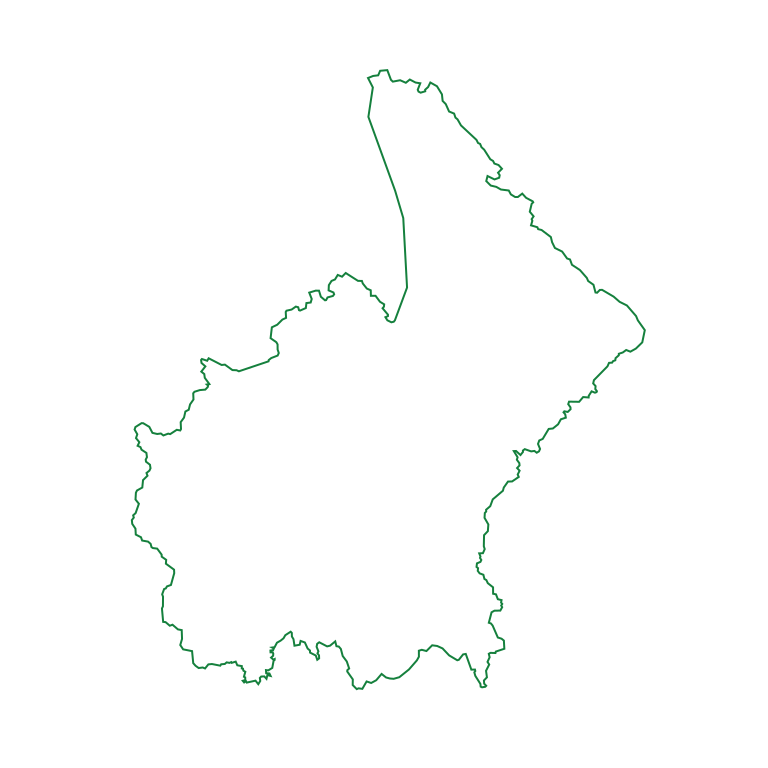 Sangkhla Buri, Kanchanaburi, Thailand (Albers equal-area conic projection), rotated 354°
{"feature_id": "78962969B87118801609333", "entity_name": "Sangkhla Buri", "entity_type": "district", "adm_level": 2, "iso_a3": "THA", "parent_name": "Thailand", "parent_adm1": "Kanchanaburi", "projection": "albers", "projection_center": [98.539, 15.257], "detail": "fine", "context": "isolated", "style": "outline", "palette": "green", "viewbox_px": 768, "rotation_deg": 354, "n_neighbors": 0, "source": "geoboundaries", "source_scale": "gbopen_adm2", "svg_char_len": 6133}
<svg xmlns="http://www.w3.org/2000/svg" viewBox="0 0 768 768"><g transform="rotate(354 384 384)"><path d="M645.2,369.6L649.0,357.7L643.1,347.2L641.8,342.8L633.8,331.3L626.9,326.9L621.5,321.1L610.8,313.2L608.5,313.0L605.5,315.5L603.9,315.1L602.7,307.2L597.8,302.9L596.8,299.7L590.8,291.2L583.4,285.1L582.0,279.6L579.2,278.3L575.0,270.9L568.2,266.6L566.0,260.6L565.3,255.3L556.8,247.3L553.5,246.1L552.9,244.1L546.8,241.6L548.6,237.2L548.1,235.5L550.3,232.9L547.0,227.9L549.7,220.2L551.4,218.9L551.0,217.9L544.8,213.7L541.4,209.1L536.7,212.0L533.9,211.7L530.0,208.7L528.3,204.6L520.6,202.8L516.3,199.7L510.9,197.8L506.9,192.9L508.7,188.0L515.3,192.1L520.1,190.9L520.9,188.4L519.5,185.8L523.8,182.3L520.8,178.2L516.8,176.3L515.8,173.6L513.2,171.6L508.1,161.4L505.7,158.7L504.7,155.3L502.7,154.1L501.5,150.9L487.6,134.9L484.8,128.5L482.9,126.5L482.0,122.4L477.2,119.8L474.7,112.1L471.9,108.6L471.9,102.0L467.8,93.4L461.6,89.0L458.9,93.3L455.7,95.6L455.6,97.2L450.9,98.1L448.9,96.8L448.3,94.9L451.5,88.7L446.9,87.5L441.5,83.9L437.2,86.7L431.8,83.6L424.4,84.2L422.7,82.2L420.1,72.2L412.9,72.1L410.5,76.4L405.4,76.5L400.1,78.0L403.9,87.9L396.4,116.7L415.3,193.1L420.5,221.0L417.0,290.5L401.5,321.8L400.2,323.1L397.8,323.4L394.0,321.0L392.4,317.7L395.0,316.9L395.2,315.5L390.5,308.5L392.0,307.1L392.5,304.8L388.6,301.8L384.8,295.4L380.2,294.9L380.6,289.4L376.9,287.3L373.4,281.8L372.8,279.2L368.9,278.7L357.5,269.6L353.5,272.9L349.4,270.7L346.2,274.9L342.6,276.0L339.5,279.9L338.7,285.1L343.3,287.7L343.8,289.6L342.4,291.1L336.9,292.0L335.2,294.5L334.1,294.6L330.3,290.6L329.1,284.4L325.9,284.0L319.2,285.3L321.0,291.9L319.6,295.3L315.3,295.4L314.2,300.3L308.2,302.2L307.2,301.7L306.7,298.7L304.4,297.8L299.9,300.3L294.7,300.9L293.8,302.1L293.5,308.0L289.7,309.3L284.0,313.9L278.4,315.9L276.0,326.6L281.3,331.2L282.3,333.5L281.8,338.6L282.6,342.2L281.2,344.6L274.6,346.4L271.9,348.1L271.5,349.4L241.0,356.2L238.8,354.9L234.7,354.3L227.8,348.1L224.5,348.1L212.3,340.1L210.6,342.4L205.5,340.1L204.6,341.0L204.7,344.0L208.2,347.8L203.6,352.6L206.3,355.3L206.4,359.1L210.3,365.8L207.8,366.0L208.9,367.2L208.4,368.6L205.7,370.9L200.2,370.8L194.7,371.9L193.3,373.3L192.9,379.5L189.0,384.0L187.1,389.2L183.6,390.6L181.6,396.5L177.8,400.7L177.4,407.6L176.5,408.9L173.1,407.9L166.1,411.5L164.2,410.8L159.2,412.1L156.9,409.9L153.2,410.0L148.6,408.4L146.1,402.1L140.4,397.8L138.8,397.6L132.3,400.8L131.2,403.2L133.4,408.2L131.7,411.9L134.6,416.3L132.5,419.7L135.2,421.3L136.0,424.0L140.5,427.7L140.6,432.0L139.1,434.3L139.2,436.4L142.8,439.8L143.0,443.4L141.7,445.6L138.5,447.7L139.2,450.5L134.3,454.4L132.8,461.7L127.2,464.1L125.9,466.2L124.8,472.9L127.7,477.5L123.5,486.4L120.8,488.4L121.2,490.7L119.0,493.0L119.0,496.8L121.7,501.9L121.4,507.8L126.3,511.0L127.1,514.4L132.9,516.1L135.2,518.6L135.7,521.9L137.0,523.0L141.2,524.0L145.0,530.4L144.9,532.5L149.0,536.1L148.3,539.9L155.8,546.7L155.6,550.2L151.1,561.6L147.0,562.6L145.6,564.5L143.9,564.9L141.4,570.0L142.0,572.4L140.9,582.0L139.7,584.0L139.5,597.5L141.9,598.0L145.7,602.0L148.5,601.3L153.4,606.5L157.1,607.6L156.5,616.4L154.1,622.3L156.5,626.9L165.2,629.6L165.1,641.7L167.1,644.5L170.0,647.1L174.1,647.0L176.3,648.2L180.0,644.5L183.6,644.5L191.7,647.0L192.8,645.7L196.4,645.8L198.4,644.4L201.2,645.2L203.0,644.6L203.4,645.4L207.5,644.6L208.7,648.4L213.1,649.7L212.8,652.0L214.0,652.4L214.2,654.4L216.0,655.7L214.1,660.5L215.3,661.3L215.1,663.9L212.5,664.4L213.7,666.2L215.7,665.1L216.3,666.6L225.2,665.6L227.6,669.4L229.9,666.4L229.8,663.4L231.3,662.1L234.4,662.3L236.3,664.9L237.6,661.3L240.7,662.5L239.8,659.9L236.6,659.3L236.7,656.2L239.0,656.7L243.2,654.7L245.3,647.6L246.4,647.0L246.5,646.1L245.2,646.6L243.1,644.3L245.3,642.7L245.7,640.6L245.3,639.3L243.1,639.0L243.2,637.2L245.9,637.1L246.8,635.5L245.2,634.4L247.7,634.3L250.5,630.1L254.4,628.4L257.5,626.4L259.6,623.5L265.3,620.6L266.3,621.9L266.0,625.5L267.3,628.3L267.6,634.9L272.9,634.5L274.2,630.8L278.3,632.8L280.4,639.1L282.5,641.3L282.4,643.4L287.8,646.9L288.8,651.3L290.8,650.1L291.0,647.1L289.7,644.9L290.8,643.0L289.5,638.3L290.4,635.4L292.6,634.1L300.0,639.0L303.0,638.6L308.6,634.9L309.3,639.8L311.6,640.4L313.4,643.0L314.5,650.2L318.0,656.1L319.6,663.3L317.6,664.8L317.4,666.1L322.1,674.5L321.4,680.1L325.0,684.6L326.9,684.0L330.6,684.9L335.6,678.0L340.0,680.0L345.3,677.8L351.3,672.1L355.4,676.1L359.1,677.5L362.8,678.2L368.6,677.2L379.0,670.5L387.8,662.3L390.2,658.9L390.8,652.9L393.8,652.3L398.3,654.0L404.6,648.9L409.5,650.1L414.6,653.1L420.4,660.7L428.0,666.4L429.6,666.1L434.4,661.2L437.1,661.0L441.0,677.2L444.6,677.5L444.8,679.0L443.7,680.2L444.3,683.8L448.5,692.3L448.5,695.1L449.8,695.9L453.1,695.7L454.1,694.8L452.3,692.5L452.4,689.3L455.7,686.5L455.5,679.9L459.3,674.0L457.9,671.2L460.5,666.8L460.0,663.3L461.8,662.5L466.7,663.2L467.2,661.8L476.0,659.9L476.4,651.7L474.3,649.6L470.7,648.0L466.8,635.6L465.3,633.3L463.3,632.4L467.1,622.3L470.1,621.0L476.0,621.5L478.2,618.3L477.4,616.6L478.6,615.1L477.6,613.6L478.3,611.2L474.7,609.9L473.4,604.9L470.6,604.0L471.2,597.6L466.4,592.9L465.3,589.7L463.5,588.4L462.9,584.1L459.3,582.3L457.7,579.6L458.3,577.0L456.9,575.6L457.7,572.1L461.3,571.0L462.4,569.2L461.3,567.0L461.9,565.6L461.0,562.4L464.7,562.6L466.9,558.7L466.3,555.8L467.7,544.8L471.9,541.2L473.1,534.6L470.0,527.6L470.8,522.8L472.3,521.5L472.4,519.7L476.9,516.6L480.1,510.1L491.1,502.6L492.3,499.5L497.1,494.0L501.2,494.3L508.3,490.5L507.5,488.0L509.8,484.4L507.6,481.5L510.3,479.1L510.3,476.8L508.2,473.2L509.2,470.8L506.1,464.3L508.3,464.4L512.3,468.9L515.1,466.1L515.2,464.7L517.2,463.5L523.3,466.4L526.6,466.3L528.7,468.3L531.1,467.2L532.4,464.9L530.9,459.7L532.5,456.4L536.1,455.2L543.1,445.9L547.3,445.9L552.9,442.3L556.2,437.6L561.3,436.5L561.1,433.2L559.6,430.9L560.5,430.0L563.8,431.0L566.9,428.6L567.0,426.7L565.1,423.3L566.2,420.9L576.2,422.1L580.7,417.8L586.1,418.8L586.4,417.1L589.7,413.0L592.9,414.7L594.5,414.3L595.0,413.4L593.6,411.1L594.2,408.2L592.1,405.3L593.2,402.1L608.1,389.8L610.0,386.5L613.1,386.6L614.2,385.2L616.5,384.6L617.0,382.5L620.5,380.0L620.7,378.5L624.8,377.6L628.4,375.5L632.4,377.6L638.2,375.1L645.2,369.6Z" fill="none" stroke="#15803d" stroke-width="2"/></g></svg>